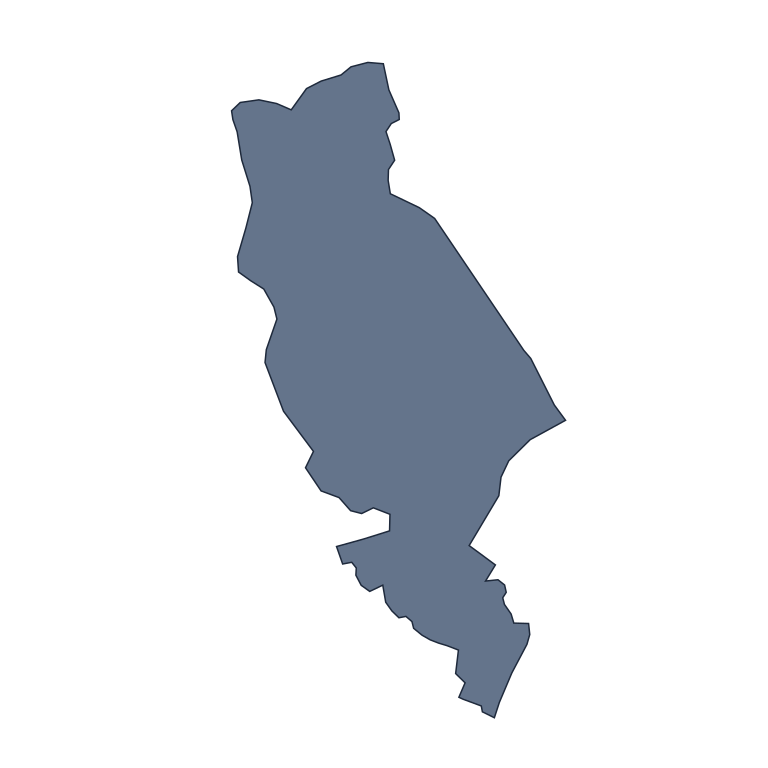 Mirzo Ulugbek, Tashkent, Uzbekistan (Robinson projection), rotated 277°
{"feature_id": "79887680B41064680481751", "entity_name": "Mirzo Ulugbek", "entity_type": "district", "adm_level": 2, "iso_a3": "UZB", "parent_name": "Uzbekistan", "parent_adm1": "Tashkent", "projection": "robinson", "projection_center": [69.307, 41.302], "detail": "fine", "context": "isolated", "style": "filled", "palette": "slate", "viewbox_px": 768, "rotation_deg": 277, "n_neighbors": 0, "source": "geoboundaries", "source_scale": "gbopen_adm2", "svg_char_len": 1351}
<svg xmlns="http://www.w3.org/2000/svg" viewBox="0 0 768 768"><g transform="rotate(277 384 384)"><path d="M66.2,534.2L82.0,537.3L112.8,546.1L143.0,557.6L153.1,559.2L163.9,556.7L162.5,542.0L171.2,538.2L179.9,530.4L186.3,527.9L192.1,530.7L199.2,528.2L203.6,521.0L200.8,508.8L218.0,516.6L234.0,488.2L287.1,511.6L305.8,511.5L323.0,517.2L346.6,535.9L370.1,568.6L383.9,555.6L427.2,526.6L434.4,518.7L554.5,414.1L563.3,397.6L567.8,384.3L573.6,367.1L586.6,363.3L597.4,362.3L607.4,367.3L622.5,361.0L634.8,355.2L643.4,359.5L648.4,366.9L654.9,365.8L676.5,353.0L701.8,344.3L701.2,328.8L694.8,312.6L685.5,303.7L677.0,284.7L667.8,271.1L644.8,258.5L649.3,243.2L650.8,225.2L645.9,207.0L636.6,199.4L628.0,201.8L616.4,207.5L589.0,215.5L563.8,226.9L547.9,231.2L522.0,227.9L492.6,223.1L477.4,226.0L470.2,239.2L463.6,253.1L446.9,265.4L435.4,269.8L403.8,263.0L390.8,263.3L344.7,287.6L308.5,322.2L291.3,316.3L270.2,334.6L265.8,353.2L254.2,366.3L252.7,377.6L259.8,388.5L255.4,405.8L238.9,407.4L227.5,382.3L216.9,356.7L200.3,364.9L203.1,373.7L198.0,378.9L190.8,379.4L181.4,385.9L176.4,395.1L184.2,407.3L167.6,412.3L159.7,419.5L153.8,427.3L156.0,434.1L151.6,440.7L145.1,443.2L139.3,452.4L135.7,461.0L133.5,469.7L132.0,478.3L129.0,490.3L105.3,490.4L97.3,500.9L82.2,496.5L80.7,501.1L76.3,519.8L70.6,521.6L66.2,534.2Z" fill="#64748b" stroke="#1e293b" stroke-width="1.5"/></g></svg>